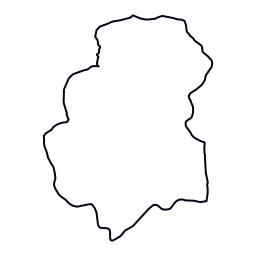 an SVG outline of Huambo
{"feature_id": "AGO-1890", "entity_name": "Huambo", "entity_type": "Province", "adm_level": 1, "iso_a3": "AGO", "parent_name": "Angola", "parent_adm1": "", "projection": "orthographic", "projection_center": [15.812, -12.604], "detail": "fine", "context": "isolated", "style": "outline", "palette": "ink", "viewbox_px": 256, "rotation_deg": 0, "n_neighbors": 0, "source": "natural_earth", "source_scale": "10m", "svg_char_len": 2648}
<svg xmlns="http://www.w3.org/2000/svg" viewBox="0 0 256 256"><path d="M132.9,15.4L140.6,18.5L144.9,19.4L147.8,19.6L151.3,19.1L155.4,18.7L156.8,17.8L162.2,15.9L173.6,18.1L177.1,19.3L181.9,19.7L183.7,20.6L184.7,21.2L185.4,23.7L185.9,24.7L186.0,25.5L186.1,26.1L186.1,26.9L186.8,31.5L187.1,32.0L187.5,32.6L188.8,33.9L190.4,36.0L192.5,37.7L193.4,38.6L193.7,39.3L194.3,40.2L195.5,41.3L200.4,44.8L201.3,45.6L201.6,46.0L202.0,47.0L202.4,49.8L202.5,51.0L202.6,51.6L203.1,52.3L208.0,56.4L208.8,57.4L210.3,58.9L211.1,59.7L211.6,60.5L212.1,62.6L212.2,63.8L211.8,66.5L211.6,67.0L210.3,68.7L207.4,73.1L206.1,74.8L205.3,77.6L205.0,79.8L202.4,84.1L201.0,85.6L195.5,90.1L193.7,91.0L191.1,92.8L190.1,93.6L189.6,94.3L189.3,94.8L189.1,95.2L188.9,96.3L188.9,97.4L189.2,98.4L190.4,100.2L191.4,103.2L192.8,106.2L193.1,108.9L193.1,111.7L192.6,114.4L192.0,116.4L191.3,117.6L190.6,118.3L187.6,120.2L186.0,121.6L185.6,123.1L185.8,125.7L186.9,127.8L190.2,132.0L191.8,135.1L193.7,137.1L195.8,138.6L200.3,140.9L204.4,142.4L204.6,142.7L204.7,143.1L204.3,148.1L204.5,152.8L205.0,155.6L204.9,157.5L205.1,160.3L205.8,172.8L207.6,181.4L207.7,182.3L207.7,182.9L207.3,183.8L207.1,184.9L207.6,187.7L207.7,193.0L206.5,201.1L200.2,202.1L197.4,201.5L193.8,200.7L185.6,200.4L182.6,199.5L179.7,199.6L177.2,200.6L175.2,202.2L171.0,207.8L169.6,209.0L165.9,209.6L163.7,209.6L161.5,208.7L157.8,205.6L156.5,204.9L154.6,204.9L153.0,205.3L148.8,208.8L132.8,226.2L125.0,230.6L121.9,234.6L120.2,236.3L112.8,240.6L111.4,240.5L110.5,239.7L110.1,237.8L110.1,233.0L109.9,230.9L109.1,229.1L107.4,228.4L105.4,228.1L101.1,228.0L99.2,226.9L98.0,224.8L96.6,213.1L95.8,210.7L94.6,208.0L91.9,204.3L89.3,204.2L77.1,206.7L72.8,205.7L68.9,203.4L65.9,200.0L60.9,196.5L58.7,194.3L55.7,189.4L54.6,187.0L54.0,184.7L54.3,182.4L54.7,180.7L55.4,178.8L54.9,173.7L53.6,167.7L53.1,166.4L51.0,163.4L48.0,157.5L46.9,152.7L44.3,145.7L44.0,143.1L44.1,140.6L43.8,136.0L45.1,134.0L47.1,132.5L51.6,129.7L53.2,127.3L55.0,125.8L57.4,124.4L59.5,123.5L62.8,122.6L66.9,122.1L68.6,119.6L66.8,115.2L66.8,113.0L63.9,103.5L63.6,101.6L64.0,89.5L68.5,78.9L70.4,76.6L73.0,74.2L83.6,70.4L86.4,69.8L87.7,69.4L88.6,68.8L89.8,67.6L91.5,66.5L93.6,66.1L98.2,66.2L97.4,65.1L97.2,64.6L97.0,63.5L97.3,61.0L97.8,59.1L97.9,58.3L98.3,57.3L98.3,56.7L97.9,56.2L97.3,55.4L97.1,55.0L97.0,54.5L97.4,54.0L97.9,53.7L98.4,53.5L98.7,53.2L98.9,52.8L99.0,52.2L98.9,50.4L99.0,49.8L99.1,49.3L99.6,48.4L99.9,48.0L100.1,47.6L100.1,47.1L100.0,46.5L99.3,45.9L98.8,45.6L98.4,45.0L98.1,44.3L98.0,43.0L97.9,42.2L97.5,40.3L95.2,36.5L96.6,30.0L100.1,26.5L107.5,23.8L110.8,22.3L113.4,21.4L120.7,20.2L130.4,17.6L132.9,15.4Z" fill="none" stroke="#020617" stroke-width="2"/></svg>